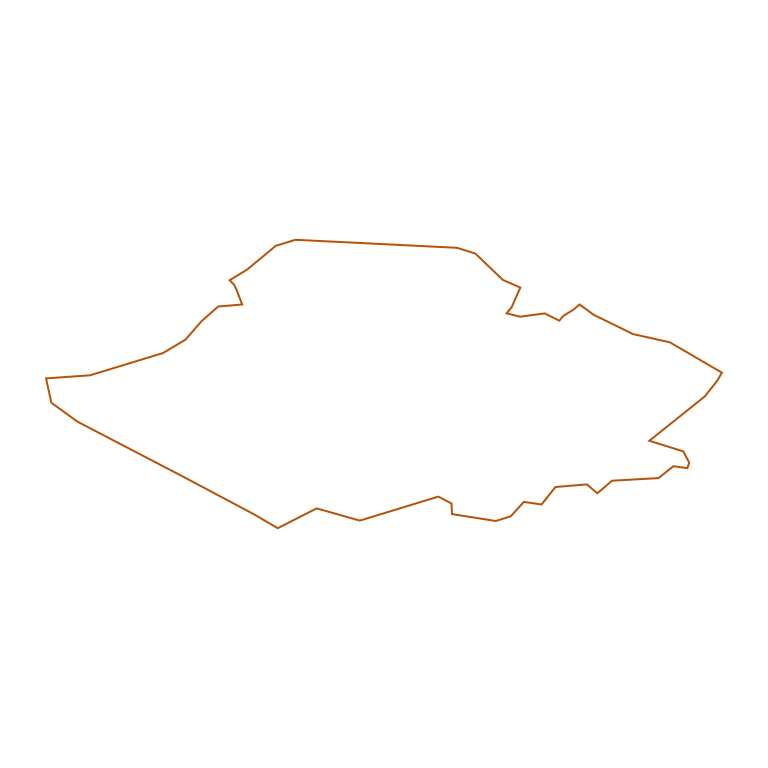 the border of East Lothian
{"feature_id": "GBR-2022", "entity_name": "East Lothian", "entity_type": "Unitary District", "adm_level": 1, "iso_a3": "GBR", "parent_name": "United Kingdom", "parent_adm1": "", "projection": "equal_earth", "projection_center": [-2.666, 55.943], "detail": "fine", "context": "isolated", "style": "outline", "palette": "amber", "viewbox_px": 768, "rotation_deg": 0, "n_neighbors": 0, "source": "natural_earth", "source_scale": "10m", "svg_char_len": 828}
<svg xmlns="http://www.w3.org/2000/svg" viewBox="0 0 768 768"><path d="M46.1,378.4L90.0,375.3L163.1,353.0L185.5,339.6L201.6,321.1L218.2,306.5L242.2,304.5L236.7,290.2L234.2,284.9L229.7,280.2L247.2,269.5L275.8,245.8L295.4,239.8L457.0,247.8L475.4,253.6L502.8,279.9L520.3,287.6L511.7,307.1L506.6,313.3L520.2,316.7L544.7,313.4L559.3,320.7L563.3,315.9L573.2,309.8L579.6,304.5L593.7,314.8L633.0,334.1L669.8,342.3L721.9,372.7L717.4,380.4L716.8,381.3L704.9,396.3L649.3,440.8L683.3,451.4L689.2,462.6L687.4,468.2L673.4,466.2L658.5,478.1L612.1,480.7L597.3,493.3L586.9,484.4L555.5,487.0L541.5,504.5L523.9,501.9L510.7,516.3L495.7,521.0L452.0,514.1L451.5,503.5L438.3,496.6L359.8,520.6L316.6,508.4L277.7,528.2L254.3,514.5L186.6,478.5L77.5,421.7L51.4,402.8L46.9,382.4L46.2,378.7L46.1,378.4Z" fill="none" stroke="#b45309" stroke-width="2"/></svg>